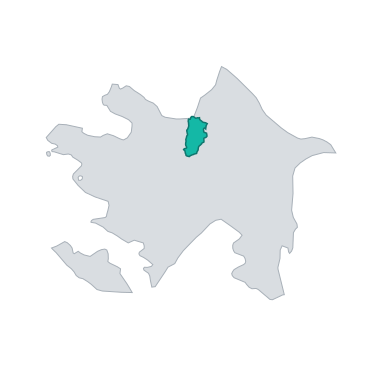 location of Qabala District, Qəbələ, Azerbaijan, rotated 349°
{"feature_id": "54616110B33746839775993", "entity_name": "Qabala District", "entity_type": "district", "adm_level": 2, "iso_a3": "AZE", "parent_name": "Azerbaijan", "parent_adm1": "Qəbələ", "projection": "orthographic", "projection_center": [47.798, 40.94], "detail": "fine", "context": "in_parent", "style": "filled", "palette": "teal", "viewbox_px": 384, "rotation_deg": 349, "n_neighbors": 0, "source": "geoboundaries", "source_scale": "gbopen_adm2", "svg_char_len": 5721}
<svg xmlns="http://www.w3.org/2000/svg" viewBox="0 0 384 384"><g transform="rotate(349 192 192)"><path d="M263.0,310.4L261.4,310.3L250.4,313.1L248.0,312.3L238.4,300.3L236.5,298.9L232.4,298.4L229.9,296.4L228.0,293.2L226.9,290.8L217.0,284.2L215.6,281.8L215.4,279.7L216.8,277.8L218.5,276.2L223.2,274.5L228.8,273.1L230.6,272.1L231.5,270.3L231.4,267.5L230.5,264.8L222.5,259.8L221.6,257.6L221.3,255.0L221.8,252.2L223.0,250.0L229.5,247.1L232.9,244.0L230.8,240.6L223.7,232.9L215.4,224.3L209.9,224.3L203.5,226.8L193.3,234.1L187.7,237.2L180.3,242.3L172.2,248.0L165.6,254.0L161.4,259.0L154.1,261.2L150.3,265.3L137.8,277.9L134.4,277.7L134.3,271.4L134.5,266.4L133.8,263.5L129.9,259.5L129.8,257.8L130.9,256.8L133.9,257.5L137.9,257.3L139.7,255.8L135.6,250.5L132.0,247.0L128.8,244.6L128.2,243.2L128.2,242.2L128.9,241.0L134.3,238.3L134.8,235.7L134.5,232.7L126.1,228.3L119.7,229.8L114.0,224.8L110.4,221.0L105.9,216.9L101.9,214.6L98.1,209.5L91.4,204.1L87.1,202.5L87.2,201.7L88.0,200.8L89.8,200.0L101.9,200.5L103.4,199.6L104.2,197.4L105.9,194.1L108.0,189.3L107.9,185.2L96.0,178.4L87.3,172.1L81.5,163.9L77.6,156.5L77.8,154.0L79.0,151.7L88.5,145.2L89.2,143.5L89.0,142.3L85.8,138.8L81.7,135.1L80.5,132.5L77.9,131.1L72.9,130.8L64.3,126.2L62.4,125.7L62.1,124.8L62.5,123.9L68.8,122.4L68.8,120.9L66.9,118.9L63.5,117.4L60.3,113.8L59.3,110.7L70.8,101.9L74.2,100.1L81.5,102.0L96.6,108.5L95.4,111.8L96.9,113.7L100.4,116.4L107.1,119.2L112.7,120.6L115.6,119.5L120.0,118.7L125.7,121.8L130.9,125.7L133.5,127.3L134.9,127.8L138.9,126.5L143.8,121.7L145.7,115.8L146.3,112.9L143.5,108.9L137.9,104.6L131.5,100.7L127.4,97.3L124.9,90.7L122.3,90.0L121.6,89.1L121.2,86.9L121.4,83.7L122.3,81.3L125.0,80.4L127.6,80.0L130.0,77.8L133.0,73.3L134.3,70.9L139.8,72.4L140.5,76.4L141.5,77.3L143.8,76.8L147.7,75.2L150.7,76.5L154.6,81.4L160.0,86.5L162.9,89.9L164.0,92.3L166.8,94.6L170.9,97.3L174.1,101.5L176.9,111.2L179.9,113.5L190.4,117.3L194.1,118.0L204.5,119.3L208.2,118.4L213.5,110.0L218.3,101.4L222.7,99.5L230.8,95.3L235.6,91.3L237.6,87.1L242.1,79.0L244.9,74.5L249.6,78.4L258.0,89.2L270.0,106.8L273.0,111.7L275.0,117.5L276.7,124.5L279.5,130.7L291.9,146.2L297.2,151.9L305.9,159.2L308.9,160.8L312.9,161.2L320.2,161.0L327.1,163.8L330.5,165.8L334.0,168.6L337.2,172.0L340.6,181.1L328.7,178.4L316.9,179.2L310.2,181.3L303.8,184.1L297.7,188.1L293.9,195.5L290.9,212.7L286.3,228.9L286.6,236.3L288.9,243.4L288.7,246.8L286.5,248.2L283.8,251.3L280.3,266.1L278.5,269.0L276.1,270.9L275.4,269.2L275.5,265.3L270.2,262.0L267.5,265.8L265.7,274.0L261.9,282.5L261.7,284.2L263.0,310.4ZM86.8,158.2L87.4,156.0L85.9,154.9L84.4,154.8L83.0,155.9L82.9,158.8L84.8,159.3L86.8,158.2ZM45.9,224.0L44.2,221.5L43.4,220.2L48.7,219.3L57.6,216.4L59.9,218.0L62.4,221.3L63.6,224.1L63.7,229.2L64.7,230.1L69.0,228.5L70.8,230.6L74.1,233.2L79.7,235.8L88.0,232.2L92.1,231.3L95.5,231.4L97.3,232.7L97.9,236.7L97.1,241.6L96.1,244.2L97.8,246.2L104.4,251.1L107.2,253.8L105.7,258.3L110.6,269.6L112.2,273.9L114.1,279.3L103.7,277.0L85.1,272.1L80.1,269.6L75.4,263.3L72.6,260.2L68.4,256.3L64.9,254.7L62.4,251.9L61.0,247.9L58.9,244.3L55.2,240.0L47.0,225.5L45.9,224.0ZM59.9,129.0L58.7,129.7L57.0,128.9L56.6,127.1L56.8,125.3L58.5,124.9L59.9,125.4L60.2,127.1L59.9,129.0Z" fill="#d9dde1" stroke="#a8b0b8" stroke-width="1"/><path d="M207.6,118.2L207.1,118.2L206.8,118.0L206.5,117.9L206.2,117.9L205.9,117.9L205.7,118.0L205.4,118.4L205.3,118.6L205.1,118.7L204.9,118.8L204.7,119.1L204.7,119.3L204.5,119.5L204.5,119.8L204.3,120.0L204.2,120.2L203.6,120.2L203.3,120.2L202.9,120.0L202.7,119.8L202.3,120.1L202.2,120.2L202.0,121.1L201.8,121.8L201.7,122.2L201.8,122.8L201.8,123.3L201.7,123.7L201.7,124.3L201.6,124.8L201.5,125.5L201.5,126.1L201.2,126.9L201.1,127.3L200.8,127.7L200.6,128.1L200.4,128.4L200.1,128.9L199.9,129.2L199.6,129.6L199.1,130.0L198.7,130.3L198.6,130.7L198.5,131.2L198.6,131.9L198.5,133.2L198.7,134.3L198.4,135.3L197.9,135.6L197.5,136.2L197.2,136.7L197.0,137.3L196.6,138.1L196.1,139.0L195.9,139.5L195.9,140.4L195.7,141.5L195.3,142.3L195.0,143.3L194.8,144.1L194.8,145.2L194.8,145.3L195.0,145.7L195.2,146.4L195.2,146.9L195.3,147.3L195.2,147.5L194.9,147.8L194.4,148.0L194.1,148.0L193.7,148.0L193.4,148.0L192.8,148.1L192.3,148.3L191.9,148.7L192.0,148.8L192.0,149.0L192.1,149.3L192.5,149.5L192.8,149.9L192.9,150.5L192.9,151.1L192.9,151.8L192.9,152.3L192.9,152.9L193.1,153.5L193.2,154.1L193.1,154.6L193.2,155.0L193.4,155.3L193.7,155.5L194.1,155.8L194.6,156.0L195.2,156.3L195.6,156.5L196.1,156.7L196.5,156.6L197.0,156.1L197.7,155.9L197.9,155.9L198.4,155.8L199.0,155.6L199.7,155.5L200.2,155.5L201.0,155.4L201.4,155.1L201.8,155.1L202.4,155.1L202.9,155.1L203.5,155.1L203.9,155.0L204.0,154.4L204.2,154.2L204.5,153.8L204.6,153.5L204.8,153.2L205.0,153.0L205.3,152.8L205.5,152.5L205.8,152.2L206.0,151.9L206.0,151.6L206.3,151.1L206.4,150.6L206.5,150.2L206.8,149.6L206.9,149.3L207.1,148.9L207.4,148.5L207.8,148.3L208.3,147.9L208.8,147.7L209.2,147.5L209.8,147.1L210.0,146.8L210.5,146.7L210.8,146.2L211.0,146.0L211.5,145.7L211.9,145.5L212.3,145.5L212.6,145.4L213.0,145.4L213.2,145.0L213.5,144.3L213.5,143.5L213.7,142.7L213.7,141.9L214.1,141.4L214.5,141.3L215.9,141.1L216.5,140.8L217.2,140.3L217.4,139.7L217.5,138.5L217.5,137.8L217.5,137.0L216.4,136.4L216.0,136.0L215.3,135.8L215.2,135.4L215.0,134.8L215.1,134.2L215.2,133.5L215.2,132.9L215.3,132.4L215.6,132.1L215.9,131.8L216.3,131.6L216.9,131.6L217.2,132.0L217.3,132.4L217.5,132.7L217.6,132.4L217.7,131.7L217.9,131.3L218.3,130.7L218.2,130.1L218.5,129.6L218.9,129.2L219.3,128.6L219.7,128.2L220.0,127.8L219.5,127.5L218.7,126.7L217.8,126.3L216.5,125.8L215.6,125.2L215.0,124.2L214.0,123.2L213.5,122.4L213.4,121.3L213.5,120.5L213.1,120.5L212.4,120.5L211.7,120.2L210.9,120.3L209.7,120.3L209.2,119.9L208.8,119.2L207.9,118.5L207.6,118.2Z" fill="#14b8a6" stroke="#0f766e" stroke-width="1.5"/></g></svg>